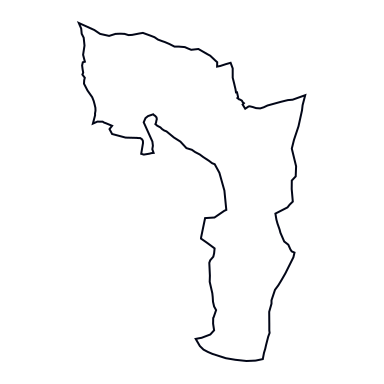 the district of Funtua, Katsina, Nigeria
{"feature_id": "59680162B95285688800937", "entity_name": "Funtua", "entity_type": "district", "adm_level": 2, "iso_a3": "NGA", "parent_name": "Nigeria", "parent_adm1": "Katsina", "projection": "mercator", "projection_center": [7.292, 11.431], "detail": "fine", "context": "isolated", "style": "outline", "palette": "ink", "viewbox_px": 384, "rotation_deg": 0, "n_neighbors": 0, "source": "geoboundaries", "source_scale": "gbopen_adm2", "svg_char_len": 2666}
<svg xmlns="http://www.w3.org/2000/svg" viewBox="0 0 384 384"><path d="M195.7,338.9L197.1,341.3L199.9,346.1L203.5,349.6L207.8,351.9L212.4,353.9L225.8,358.2L235.4,359.8L246.5,361.0L255.6,360.6L262.8,359.1L264.0,352.8L265.2,348.9L266.1,344.9L268.2,336.7L269.6,332.9L269.3,330.4L269.3,324.6L269.2,311.8L271.5,303.7L271.5,300.3L275.0,289.8L278.4,285.2L280.9,281.1L281.9,279.4L285.3,273.5L287.6,268.9L288.2,267.7L293.4,257.3L294.5,252.6L291.7,251.4L290.4,249.4L288.3,244.7L284.2,241.5L280.4,232.7L279.6,229.6L277.5,223.6L276.4,219.6L275.6,214.8L275.4,213.6L287.5,207.4L289.7,204.6L292.8,201.6L291.7,189.0L291.8,180.5L295.7,176.4L296.1,166.3L291.8,148.6L294.0,139.8L298.5,126.3L302.0,110.4L302.6,105.2L305.2,95.2L292.6,99.7L287.9,100.1L285.0,100.8L280.6,101.9L275.5,103.3L267.5,105.5L263.7,107.3L260.2,108.4L256.0,108.1L252.7,107.0L249.7,106.3L248.5,106.5L247.2,107.4L245.2,108.7L242.6,104.5L243.9,103.2L242.7,102.2L241.9,100.7L241.3,100.3L239.6,99.4L239.2,99.4L238.9,99.2L237.4,98.0L238.1,97.2L237.0,92.3L236.0,92.4L235.5,89.2L234.9,86.7L234.1,83.3L232.7,77.7L232.7,68.4L230.6,62.8L226.0,64.1L220.2,66.0L217.1,66.6L217.2,62.2L215.5,60.7L210.2,55.7L207.6,54.3L198.4,49.0L191.2,49.8L188.0,48.5L184.8,47.1L178.8,46.6L174.5,46.6L169.4,44.0L164.7,42.0L162.3,41.2L158.0,39.6L154.5,37.2L150.6,35.7L142.9,32.9L139.3,33.5L132.1,34.9L128.5,35.1L124.6,33.9L120.3,33.7L115.5,33.9L109.1,35.9L100.1,33.9L94.3,30.0L78.8,23.0L81.2,28.6L81.7,33.8L83.7,37.7L84.5,45.6L83.1,54.8L84.5,60.3L84.9,61.7L82.8,62.3L82.1,65.4L82.6,69.3L83.2,72.6L82.4,74.6L84.8,77.8L84.2,80.1L84.0,83.7L87.5,90.5L92.2,97.2L93.7,101.0L94.6,104.4L95.4,107.8L95.5,110.7L95.0,113.6L95.1,115.2L92.9,123.6L97.4,121.6L101.1,121.7L102.7,121.7L104.1,122.6L106.1,123.3L112.1,125.8L109.5,129.1L112.1,134.0L125.6,137.6L137.2,137.9L137.3,138.0L140.3,138.1L142.1,139.4L142.9,140.9L143.0,143.1L141.2,153.8L143.8,154.6L149.3,153.7L151.6,153.1L153.6,152.9L152.3,149.2L152.9,145.8L152.4,141.6L143.7,122.3L145.5,118.1L148.0,116.1L153.2,114.3L154.2,115.3L155.1,115.8L156.5,117.4L156.8,119.1L156.3,121.0L156.0,122.8L155.4,124.1L157.2,125.7L160.4,127.4L162.1,129.1L164.2,130.5L166.5,131.4L173.9,137.5L180.4,141.6L186.4,148.1L191.9,149.8L195.0,152.0L199.8,154.5L203.3,157.1L209.1,160.9L212.1,163.2L214.7,164.2L219.4,172.8L224.4,190.6L226.3,209.9L224.3,210.8L222.1,212.3L214.5,217.5L205.1,218.1L201.1,237.4L201.0,238.6L205.2,241.5L207.6,243.2L214.6,248.4L214.1,253.4L213.3,256.7L210.2,260.3L209.3,262.8L209.9,275.7L209.7,281.8L212.3,293.2L212.7,296.9L213.0,301.7L214.1,306.5L216.1,310.1L213.7,317.1L213.2,318.0L213.1,323.7L214.1,330.3L210.3,334.5L201.6,337.8L198.8,338.3L195.7,338.9Z" fill="none" stroke="#020617" stroke-width="2"/></svg>